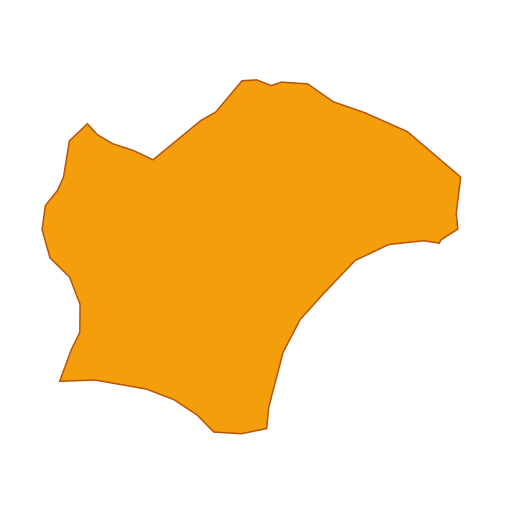 map outline of Luxembourg (Natural Earth projection), rotated 85°
{"feature_id": "LUX", "entity_name": "Luxembourg", "entity_type": "country or territory", "adm_level": 0, "iso_a3": "LUX", "parent_name": "Europe", "parent_adm1": "", "projection": "natural_earth1", "projection_center": [6.062, 49.806], "detail": "fine", "context": "isolated", "style": "filled", "palette": "amber", "viewbox_px": 512, "rotation_deg": 85, "n_neighbors": 0, "source": "natural_earth", "source_scale": "50m", "svg_char_len": 709}
<svg xmlns="http://www.w3.org/2000/svg" viewBox="0 0 512 512"><g transform="rotate(85 256 256)"><path d="M259.2,72.2L255.4,87.8L256.1,122.7L269.1,157.7L299.6,192.3L323.0,217.4L354.3,237.4L407.5,256.4L428.8,260.4L431.8,286.2L427.7,313.4L409.4,328.4L392.1,350.1L379.1,376.6L365.5,427.4L363.7,462.5L332.9,448.0L316.8,438.2L288.8,435.5L260.8,443.5L239.9,461.4L211.1,466.8L187.3,461.4L173.3,448.0L160.7,440.9L125.1,431.9L109.6,412.5L121.4,403.4L131.6,389.1L140.3,368.9L151.2,350.2L116.2,299.1L109.0,283.5L80.2,254.7L80.6,240.0L87.5,226.1L85.0,215.4L89.0,189.7L109.2,165.4L122.6,135.4L145.3,94.4L195.2,45.2L231.0,52.8L246.7,52.6L256.2,70.5L259.2,72.2Z" fill="#f59e0b" stroke="#b45309" stroke-width="1.5"/></g></svg>